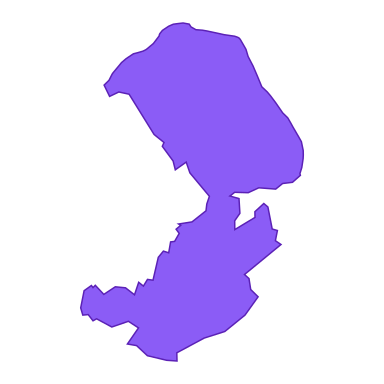 the district of Jegunovtse, Jegunovce, North Macedonia
{"feature_id": "65306769B4612015917677", "entity_name": "Jegunovtse", "entity_type": "district", "adm_level": 2, "iso_a3": "MKD", "parent_name": "North Macedonia", "parent_adm1": "Jegunovce", "projection": "mercator", "projection_center": [21.125, 42.1], "detail": "fine", "context": "isolated", "style": "filled", "palette": "violet", "viewbox_px": 384, "rotation_deg": 0, "n_neighbors": 0, "source": "geoboundaries", "source_scale": "gbopen_adm2", "svg_char_len": 1639}
<svg xmlns="http://www.w3.org/2000/svg" viewBox="0 0 384 384"><path d="M224.8,331.5L245.0,315.1L258.1,296.8L250.7,289.5L249.0,278.6L244.5,274.5L281.0,244.5L275.4,240.7L277.4,230.5L272.2,229.0L267.9,207.0L263.8,203.5L254.9,211.7L255.0,217.4L234.8,229.6L234.7,220.8L239.9,213.3L239.0,198.6L229.9,196.0L234.7,192.3L248.2,192.7L258.8,187.8L275.7,189.1L282.6,183.5L292.5,182.3L300.4,175.3L299.9,173.7L301.8,167.5L303.1,158.8L303.3,155.0L303.2,150.5L301.4,141.7L298.7,136.9L292.7,126.6L290.8,123.1L287.8,117.9L282.7,112.9L275.8,102.9L270.5,95.8L267.3,92.0L261.8,86.8L257.3,75.9L254.2,68.7L253.1,66.1L248.1,56.5L246.0,49.4L243.8,45.5L240.2,39.3L238.9,37.9L237.5,37.2L234.6,36.2L224.2,34.7L219.7,33.7L207.1,31.0L202.5,30.2L195.9,29.7L191.0,26.9L189.2,24.1L183.1,23.0L177.8,23.6L173.3,24.2L168.7,26.2L162.4,30.4L159.8,33.7L159.4,34.6L159.1,36.0L153.4,43.5L146.6,49.2L145.7,49.8L143.1,51.1L137.7,52.7L133.4,53.8L126.2,58.6L121.5,62.6L118.9,65.8L113.2,72.6L112.2,74.0L109.0,80.3L104.1,85.1L109.6,96.4L118.8,92.0L129.1,94.2L154.1,134.5L164.0,142.5L162.3,146.3L173.1,161.0L175.3,169.8L186.2,162.1L189.9,172.9L209.4,196.3L206.8,204.0L206.0,210.8L192.0,221.9L178.6,224.0L180.7,225.3L176.1,229.2L179.2,233.4L174.6,241.4L170.6,241.9L168.7,252.8L163.4,251.1L158.3,257.3L153.0,280.2L147.5,279.4L143.4,286.1L138.7,282.3L134.5,294.8L125.5,287.8L115.3,286.8L103.8,294.4L95.3,285.3L93.0,287.6L91.4,285.5L84.1,290.7L80.7,307.9L82.8,315.1L88.2,314.6L93.0,320.8L96.6,318.8L111.8,327.0L128.4,321.3L138.5,327.9L127.4,344.0L136.6,345.6L147.4,355.7L166.7,360.3L177.0,361.0L176.8,352.8L204.1,338.1L224.8,331.5Z" fill="#8b5cf6" stroke="#5b21b6" stroke-width="1.5"/></svg>